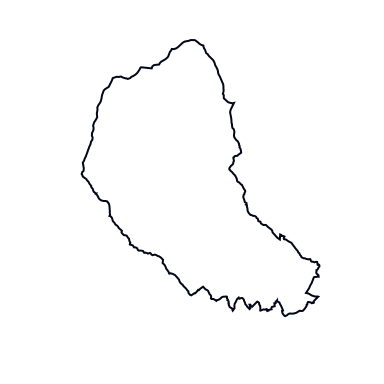 Vaideeni, Vâlcea, Romania, rotated 343°
{"feature_id": "2599482B16463900446430", "entity_name": "Vaideeni", "entity_type": "district", "adm_level": 2, "iso_a3": "ROU", "parent_name": "Romania", "parent_adm1": "Vâlcea", "projection": "natural_earth1", "projection_center": [23.883, 45.229], "detail": "fine", "context": "isolated", "style": "outline", "palette": "ink", "viewbox_px": 384, "rotation_deg": 343, "n_neighbors": 0, "source": "geoboundaries", "source_scale": "gbopen_adm2", "svg_char_len": 6044}
<svg xmlns="http://www.w3.org/2000/svg" viewBox="0 0 384 384"><g transform="rotate(343 192 192)"><path d="M282.1,329.0L281.2,328.5L279.2,328.0L276.4,326.1L273.7,323.1L271.5,321.9L276.2,317.9L277.3,316.4L279.9,314.0L283.6,309.2L284.6,309.1L286.6,309.7L287.3,309.4L288.3,310.0L288.6,308.7L288.1,308.1L288.1,307.6L287.2,306.3L287.4,304.9L288.0,304.1L288.1,303.1L289.0,303.0L290.1,302.3L290.3,301.8L292.2,300.3L292.3,299.0L291.7,298.7L291.7,298.3L290.9,298.3L291.2,295.5L290.2,295.0L288.5,295.0L287.3,294.0L286.4,293.8L285.6,292.9L285.5,290.9L285.3,290.6L283.8,290.5L281.8,289.5L280.7,288.5L279.2,287.9L277.6,286.3L277.6,285.3L276.9,283.7L276.7,281.9L276.0,281.0L275.7,278.9L274.8,277.1L272.1,269.5L270.2,267.8L267.8,264.8L266.2,264.0L266.2,263.0L267.4,261.6L265.9,260.5L264.7,260.2L264.9,259.3L263.9,258.4L262.1,263.1L260.3,260.8L257.4,254.6L257.2,253.6L257.4,252.4L257.0,251.2L254.7,248.1L253.0,245.1L250.6,244.4L249.3,243.0L248.7,242.0L248.7,240.4L247.0,239.3L247.1,236.8L246.2,235.8L246.0,234.4L244.9,233.2L243.5,232.7L242.1,231.4L241.2,231.0L240.2,228.9L239.7,226.8L239.8,225.7L240.3,223.6L240.2,222.5L240.3,221.5L240.7,220.8L240.6,220.2L240.0,219.8L240.6,219.4L240.9,218.6L239.5,217.0L239.7,215.4L239.5,212.3L239.6,211.7L240.6,209.8L241.5,209.3L241.8,208.4L243.0,207.2L243.2,206.0L242.5,204.0L241.8,199.7L241.1,199.1L239.8,196.5L239.0,195.9L238.5,195.1L238.4,194.0L238.7,192.5L238.5,192.1L238.6,191.3L238.1,189.5L238.2,189.0L237.2,187.3L236.1,184.6L234.9,182.8L234.9,182.3L234.4,181.5L234.4,180.8L235.0,179.9L236.7,178.5L238.8,177.6L239.7,176.8L240.3,175.6L241.2,174.4L241.5,171.5L241.7,171.1L242.3,171.1L242.8,170.5L243.8,170.2L246.1,170.6L247.0,170.0L250.5,168.8L250.9,166.9L250.9,164.4L250.4,163.2L251.0,162.1L251.0,161.5L250.7,160.7L251.1,159.8L250.6,156.9L249.5,155.2L248.4,151.9L248.6,151.1L248.5,150.6L250.2,146.6L250.3,144.2L249.5,142.8L249.4,142.2L249.8,139.6L250.1,138.9L250.0,137.7L251.0,133.5L251.7,127.1L252.3,125.7L253.3,124.3L258.2,119.1L256.3,118.9L253.2,117.0L252.6,116.4L249.9,111.8L249.9,111.3L250.7,108.6L250.2,107.2L250.9,106.2L252.0,104.0L252.4,101.9L253.0,100.0L253.3,98.1L252.4,89.9L251.8,87.2L251.8,85.5L252.1,84.3L252.2,82.0L251.9,81.2L251.9,79.9L251.3,78.0L251.3,74.7L250.8,72.1L248.0,67.0L247.2,64.7L246.1,63.2L246.1,60.0L245.5,58.0L245.5,56.0L245.7,55.2L244.2,54.3L242.7,52.8L241.5,50.7L239.4,47.9L238.9,47.5L235.2,46.3L233.3,46.5L229.1,46.0L226.8,46.5L221.1,49.3L218.8,50.0L216.6,50.1L214.5,49.3L213.4,50.6L211.9,51.5L209.0,55.3L207.8,56.2L205.3,57.3L200.5,58.4L198.8,59.4L197.8,60.5L194.0,59.7L192.5,59.6L190.8,60.3L189.6,62.0L180.7,58.2L179.2,57.9L178.0,59.2L174.6,62.1L172.0,63.3L169.7,63.9L167.8,64.1L166.1,65.0L163.6,65.1L162.6,64.2L161.3,63.7L159.0,62.0L157.8,60.8L155.8,60.6L153.6,59.8L149.5,59.9L148.2,61.7L143.1,67.1L139.0,68.2L137.2,69.2L134.3,73.1L132.3,77.0L130.8,79.2L127.6,81.8L126.1,83.6L125.8,85.4L123.9,89.2L123.2,92.8L121.5,94.5L118.7,96.9L116.8,99.7L116.7,101.5L116.0,103.7L113.6,106.5L113.0,108.1L112.7,109.1L112.9,110.8L112.2,112.5L111.7,113.2L110.2,114.3L108.8,116.8L107.1,118.6L100.9,126.9L99.2,128.6L98.0,130.4L96.1,132.1L95.5,137.5L94.7,139.6L94.2,140.4L92.9,140.8L91.7,142.6L92.2,144.2L92.0,144.7L92.2,145.5L94.8,148.9L95.0,150.1L96.0,151.9L96.3,154.0L97.4,156.7L97.1,157.5L97.4,158.7L98.0,159.9L98.0,162.9L99.2,164.5L99.2,165.4L99.9,165.5L99.6,165.8L100.0,166.2L100.5,167.7L101.1,171.2L102.1,172.8L103.2,173.8L104.7,174.7L106.7,175.3L108.2,176.2L108.4,176.6L108.3,177.2L109.0,178.4L109.1,179.9L108.9,181.4L107.7,186.8L107.2,188.0L107.0,190.0L106.1,190.8L106.8,191.3L107.6,192.4L107.9,194.5L107.8,196.7L109.0,199.2L109.2,200.7L110.4,202.1L111.2,203.7L111.4,205.0L113.6,208.5L113.6,208.8L112.9,209.6L112.8,210.2L113.6,212.2L114.3,213.4L115.8,214.0L116.8,214.7L117.4,217.0L118.1,218.3L117.8,220.5L118.2,222.4L117.2,223.7L117.3,224.2L118.7,224.9L119.8,225.9L120.4,228.0L121.9,228.5L122.9,229.5L123.1,229.8L123.3,231.6L123.8,232.4L126.0,233.1L127.8,234.0L128.1,234.5L128.3,235.9L128.8,236.3L129.9,236.4L131.1,237.2L131.7,238.0L134.0,238.0L134.5,238.6L134.9,239.9L135.8,240.9L138.0,241.0L139.0,241.5L140.8,243.4L141.7,243.9L143.2,245.8L144.5,248.4L143.3,250.9L143.2,251.6L143.7,252.2L144.6,254.2L144.9,256.2L144.9,257.8L145.5,259.3L145.8,260.3L146.2,260.9L146.3,263.3L146.6,263.5L147.8,263.4L148.6,264.1L149.6,264.6L151.5,266.6L151.9,267.4L153.9,271.8L154.0,274.2L154.6,276.1L156.0,278.2L156.2,279.2L158.1,282.7L158.9,285.0L159.5,285.8L159.1,287.3L159.9,289.6L160.5,289.9L161.1,290.6L164.9,289.5L165.2,289.8L166.5,289.3L169.3,287.4L169.8,287.9L171.4,287.0L174.9,285.8L176.5,289.1L177.6,290.0L178.5,291.3L178.9,294.7L179.5,295.8L179.8,297.1L179.6,298.2L179.0,299.0L179.4,300.0L181.3,300.6L183.4,303.1L183.8,302.6L184.3,302.9L187.2,302.6L189.6,301.4L191.4,301.3L194.6,302.1L194.8,302.4L194.3,304.0L194.8,305.5L194.3,305.9L194.9,306.8L195.0,307.5L195.0,307.9L194.3,308.9L194.6,309.9L194.1,310.6L194.4,312.1L194.3,312.6L194.6,313.3L196.5,315.3L196.1,316.5L196.3,317.4L198.7,315.5L199.3,313.1L200.1,311.4L201.6,310.1L203.6,307.7L205.7,306.7L205.7,307.4L206.0,307.9L208.2,307.8L209.2,308.2L209.5,308.7L210.1,310.1L210.0,311.9L210.3,313.3L210.2,315.0L210.9,316.3L211.3,317.9L212.8,320.8L213.5,320.4L212.8,319.2L214.3,318.7L214.1,316.6L214.9,316.8L215.1,318.7L215.8,319.4L222.3,315.9L222.8,316.3L223.7,317.6L223.4,319.2L223.6,320.0L223.9,320.6L223.6,321.4L223.7,322.0L223.1,324.1L222.6,325.3L222.9,325.5L226.1,325.2L227.4,325.8L228.9,325.8L228.8,326.3L229.3,326.4L229.2,327.8L230.6,327.8L230.9,327.2L233.7,327.4L233.6,326.9L234.7,325.3L237.7,325.4L238.2,322.5L239.5,322.8L240.1,321.1L241.2,321.0L241.8,320.4L241.7,321.8L243.3,323.2L243.3,324.3L244.0,327.7L244.4,331.8L244.4,332.0L243.3,332.1L243.1,334.6L244.0,337.0L244.7,337.9L246.6,337.7L247.9,337.1L249.7,336.7L252.8,337.8L254.5,338.0L256.5,338.0L260.2,337.0L262.1,337.9L263.3,338.0L265.7,336.6L267.9,334.8L268.3,334.4L268.6,333.4L269.4,333.2L269.9,332.0L270.6,331.2L271.3,331.3L273.4,332.3L273.6,333.0L274.0,333.4L275.9,333.6L276.1,333.5L276.0,333.3L275.3,333.0L277.4,331.5L282.1,329.0Z" fill="none" stroke="#020617" stroke-width="2"/></g></svg>